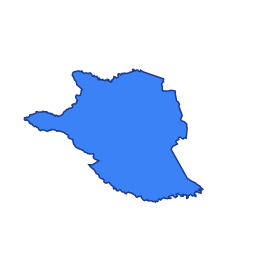 Sidrolândia, Mato Grosso do Sul, Brazil (Equal Earth projection), rotated 299°
{"feature_id": "56859067B34075926381215", "entity_name": "Sidrolândia", "entity_type": "district", "adm_level": 2, "iso_a3": "BRA", "parent_name": "Brazil", "parent_adm1": "Mato Grosso do Sul", "projection": "equal_earth", "projection_center": [-54.979, -21.085], "detail": "fine", "context": "isolated", "style": "filled", "palette": "blue", "viewbox_px": 256, "rotation_deg": 299, "n_neighbors": 0, "source": "geoboundaries", "source_scale": "gbopen_adm2", "svg_char_len": 5714}
<svg xmlns="http://www.w3.org/2000/svg" viewBox="0 0 256 256"><g transform="rotate(299 128 128)"><path d="M141.1,62.1L139.5,69.4L138.7,69.0L138.0,68.9L136.0,70.0L134.6,70.0L133.4,70.4L133.0,70.2L132.7,69.6L131.8,66.9L129.9,67.1L128.6,68.5L128.1,70.1L127.6,70.4L126.8,70.1L126.4,70.4L125.1,70.5L123.6,70.3L122.5,68.5L121.6,68.2L121.2,67.8L120.7,68.0L120.2,69.0L119.8,69.2L118.5,69.1L118.0,68.8L117.0,67.1L116.5,66.8L115.6,66.7L115.2,66.4L115.0,65.7L114.3,65.4L113.2,65.2L110.5,64.0L108.7,64.4L105.4,62.7L105.1,62.3L105.0,61.7L104.4,60.5L104.4,59.0L103.9,58.5L103.5,58.6L103.0,58.3L103.0,57.6L103.5,57.1L103.5,56.2L103.3,55.3L103.7,54.4L102.7,53.9L102.8,53.3L103.2,52.7L102.7,52.2L102.5,51.4L102.7,50.4L102.2,50.2L102.3,49.6L102.8,49.0L102.4,48.6L102.3,48.0L101.3,46.7L101.6,46.1L101.4,45.5L100.8,45.3L100.2,44.8L99.7,44.7L99.7,44.2L99.4,43.5L98.3,42.0L98.4,41.4L98.3,40.6L98.0,40.0L97.3,39.8L96.6,40.2L95.0,39.3L94.6,38.7L93.5,38.0L93.3,37.5L91.8,35.8L90.4,36.3L89.6,36.1L89.3,35.6L88.7,35.5L88.3,34.1L87.7,34.0L87.3,33.5L87.2,32.8L86.6,32.6L86.3,32.9L85.6,32.9L85.0,33.6L84.9,34.5L85.5,35.4L86.0,35.4L86.1,36.9L85.4,38.9L84.7,39.1L84.5,40.1L84.4,40.9L84.9,41.0L84.9,41.7L84.2,43.5L83.9,45.6L84.7,46.6L84.4,48.0L84.7,48.8L84.1,50.0L83.3,51.1L83.2,52.7L83.7,52.9L83.9,53.4L84.6,53.6L85.0,54.0L85.2,55.2L85.6,55.7L85.8,58.8L87.1,60.1L87.6,59.9L88.5,61.7L89.2,61.4L89.7,61.9L91.0,65.4L90.7,67.3L91.2,67.8L91.5,68.6L91.9,68.6L93.0,73.7L93.0,74.5L92.7,75.6L93.0,76.0L92.7,77.8L92.8,78.5L92.3,79.8L91.7,80.1L91.1,79.9L90.4,81.7L91.2,85.2L89.5,86.4L87.4,88.5L87.3,89.3L86.2,90.9L86.0,91.9L86.0,95.0L86.6,99.0L86.4,100.3L85.9,101.9L86.4,103.8L86.1,105.0L86.4,105.7L86.4,106.3L87.6,108.8L88.6,109.9L87.9,111.1L87.3,111.4L86.2,111.5L85.1,112.3L84.7,114.5L85.2,118.4L78.6,114.8L76.9,111.6L75.8,114.3L74.9,118.8L74.4,120.0L73.0,121.9L72.8,122.4L73.0,124.5L72.7,125.3L71.5,126.4L71.0,127.3L70.8,129.3L71.1,130.2L71.1,131.1L70.8,132.2L70.3,132.7L69.6,132.8L69.1,133.5L69.0,134.1L69.1,135.4L69.4,136.0L70.9,137.1L71.2,138.1L70.5,139.2L70.4,140.0L70.0,140.7L69.6,144.0L68.4,144.2L67.8,145.2L69.0,145.6L69.1,146.3L69.1,147.0L68.7,147.4L68.3,147.3L68.2,147.9L67.8,148.2L67.8,148.9L68.2,149.8L69.3,150.2L69.9,150.8L70.1,151.6L69.3,153.6L69.9,155.5L69.9,156.4L69.5,156.9L69.4,157.7L69.6,158.4L70.7,158.4L72.0,159.3L72.4,161.5L73.0,162.4L72.7,162.9L72.7,163.6L72.9,164.4L72.5,166.0L72.6,167.1L71.7,168.5L71.8,169.7L72.8,170.2L73.9,171.2L74.8,172.5L73.9,173.2L72.9,175.2L72.8,175.9L72.5,176.5L72.4,177.4L74.2,179.4L74.0,180.1L74.7,180.9L74.3,181.6L75.4,183.0L75.8,184.7L75.7,185.6L76.6,186.4L76.7,187.3L76.4,188.0L77.5,188.1L77.8,189.0L78.3,189.6L79.4,189.2L80.4,189.7L81.1,189.8L80.7,191.2L81.6,191.8L83.1,192.1L83.7,192.5L84.6,193.4L84.4,194.1L85.1,196.4L86.0,197.4L87.0,199.3L87.4,199.5L87.3,197.7L87.6,196.9L88.8,197.5L89.8,198.5L90.1,199.1L91.0,199.7L90.9,200.4L90.6,200.7L90.2,201.9L90.4,202.7L90.1,203.1L91.1,203.8L91.6,203.7L92.2,204.2L92.8,204.1L93.1,202.7L93.5,202.3L94.7,203.0L95.0,203.7L94.6,204.9L95.0,206.6L93.9,207.6L95.2,209.3L96.0,208.4L96.7,208.3L96.9,209.0L96.7,209.8L97.6,210.8L97.6,211.4L97.3,211.9L95.8,213.2L95.3,213.1L94.9,213.4L95.7,214.2L96.6,214.3L97.7,213.2L98.1,213.4L98.5,214.1L100.1,214.8L100.3,215.9L99.8,217.4L100.8,218.2L101.1,219.0L100.8,219.9L101.0,220.6L101.6,220.3L102.2,219.7L102.1,218.4L103.2,217.8L103.8,217.6L104.4,218.0L104.7,218.7L105.2,218.5L105.5,218.0L106.3,219.3L105.8,220.2L105.7,221.1L106.3,223.4L106.7,223.4L107.4,222.8L108.2,222.6L108.0,220.7L108.3,219.8L108.9,219.9L109.4,220.4L109.5,221.8L110.2,223.0L110.7,223.2L111.2,220.3L111.9,219.3L112.1,218.2L112.0,216.5L112.6,213.2L112.3,208.5L112.8,204.1L130.1,176.2L130.7,176.2L132.2,175.7L132.7,176.0L134.0,176.1L135.1,177.1L136.5,177.9L137.4,178.8L138.0,178.9L138.3,178.5L138.5,177.6L138.9,176.9L139.8,176.3L140.5,176.3L141.5,177.4L142.2,177.5L142.8,177.9L143.7,176.9L144.2,177.0L145.4,177.9L145.0,180.9L145.3,181.8L146.7,182.1L147.0,182.3L147.3,183.1L147.3,183.8L156.1,180.0L157.2,179.3L157.6,178.6L159.9,177.5L160.7,174.3L160.7,173.3L160.2,172.0L160.3,171.2L160.8,170.2L161.4,169.8L165.2,169.4L165.7,168.5L167.0,167.6L168.9,164.9L170.6,163.3L171.4,162.0L171.9,161.7L173.2,161.8L173.7,161.4L175.0,159.5L175.2,158.8L175.2,157.4L181.3,152.4L182.7,151.9L183.2,151.4L182.1,147.8L181.1,146.5L180.1,145.6L178.6,143.2L177.3,140.1L180.6,137.9L181.1,137.8L182.5,136.1L183.0,136.0L185.1,136.3L185.5,136.7L186.5,135.9L187.9,135.6L188.2,135.2L184.4,113.6L184.6,111.0L183.4,111.4L183.0,111.0L183.0,109.0L183.5,108.4L183.2,107.8L181.6,106.7L181.6,106.1L182.0,105.0L181.7,104.4L181.7,103.8L181.0,103.8L180.3,105.2L179.9,104.6L178.7,104.1L178.0,102.9L177.0,102.2L176.5,102.2L175.7,101.0L175.1,100.4L174.0,97.8L173.0,97.5L173.1,96.8L172.7,96.2L171.2,96.2L170.9,95.7L171.3,95.4L171.3,94.7L170.9,93.4L170.4,93.2L169.4,93.5L168.6,94.7L167.5,94.6L166.7,94.1L166.3,93.6L166.6,92.9L166.0,91.9L166.4,91.4L166.2,90.8L165.6,90.9L165.2,91.5L162.7,91.0L161.8,90.4L161.3,90.4L161.4,91.1L160.8,91.3L159.7,90.7L159.7,88.8L160.7,88.2L160.9,87.4L160.6,86.7L160.2,87.8L159.7,87.6L159.7,86.8L159.3,86.1L159.1,85.2L158.3,85.1L158.0,84.7L158.3,84.2L157.6,82.9L158.3,82.3L157.1,81.2L156.8,80.1L157.3,79.6L157.5,79.0L156.5,79.2L155.9,79.0L156.0,78.2L156.5,77.6L157.1,77.6L157.7,76.9L157.6,76.2L158.0,75.7L157.5,75.3L157.2,74.6L157.1,73.9L157.6,73.2L157.3,72.8L156.5,72.7L156.2,72.3L156.2,71.5L156.7,70.7L157.2,70.6L157.5,69.7L157.5,68.8L157.9,68.4L157.7,67.8L156.5,67.1L155.9,64.7L154.5,62.9L154.8,62.0L154.7,60.6L155.3,60.5L155.5,59.9L154.9,59.6L154.1,58.7L154.2,58.1L154.1,57.2L153.5,56.8L152.8,55.6L151.9,54.6L150.0,53.0L147.6,53.4L147.2,53.6L145.7,56.2L144.1,57.9L143.9,59.2L143.6,59.7L141.7,61.9L141.1,62.1Z" fill="#3b82f6" stroke="#1e3a8a" stroke-width="1.5"/></g></svg>